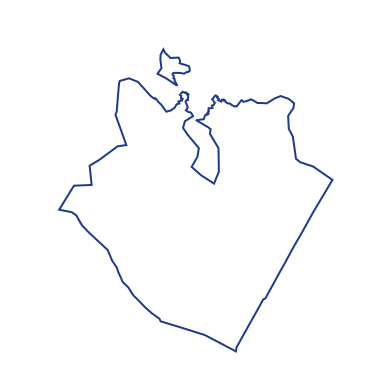 the district of Odogbolu, Ogun, Nigeria, rotated 299°
{"feature_id": "59680162B50359341822283", "entity_name": "Odogbolu", "entity_type": "district", "adm_level": 2, "iso_a3": "NGA", "parent_name": "Nigeria", "parent_adm1": "Ogun", "projection": "robinson", "projection_center": [3.89, 6.792], "detail": "fine", "context": "isolated", "style": "outline", "palette": "blue", "viewbox_px": 384, "rotation_deg": 299, "n_neighbors": 0, "source": "geoboundaries", "source_scale": "gbopen_adm2", "svg_char_len": 4872}
<svg xmlns="http://www.w3.org/2000/svg" viewBox="0 0 384 384"><g transform="rotate(299 192 192)"><path d="M73.9,307.7L77.5,306.3L80.1,306.3L104.1,306.3L118.8,306.4L131.7,306.4L132.6,306.4L134.5,307.8L141.4,307.7L150.7,307.7L167.4,307.6L174.3,307.7L190.5,307.5L199.9,307.6L210.1,307.8L232.7,307.8L237.3,307.9L256.5,308.6L266.2,308.8L270.7,309.0L273.0,285.7L270.5,272.1L271.5,266.8L289.3,253.4L294.2,246.0L305.2,239.2L314.5,240.0L319.1,238.3L320.3,231.3L318.9,223.0L314.0,219.0L305.8,214.4L303.3,209.2L301.6,206.2L301.8,201.4L301.6,198.6L300.1,197.6L298.9,196.5L296.7,194.4L295.8,193.2L296.0,192.3L296.0,192.0L296.3,190.8L295.7,190.7L294.3,190.4L292.8,190.2L290.8,189.9L288.8,189.7L288.8,189.2L288.7,189.0L288.1,188.7L287.7,188.4L287.6,187.7L287.4,186.6L287.3,185.5L287.3,184.7L287.5,183.6L287.7,182.6L287.5,181.5L287.0,180.9L286.9,180.0L286.9,179.1L286.9,178.7L287.0,178.2L287.1,177.9L287.1,177.7L287.5,177.4L287.7,177.1L287.8,176.8L287.8,176.5L287.9,176.2L287.9,175.9L287.9,175.5L288.0,175.5L288.3,175.5L288.3,175.4L288.2,174.9L287.9,174.9L287.6,174.9L287.4,175.0L287.4,174.9L287.4,174.5L287.4,174.0L287.4,173.6L286.6,173.6L285.3,173.8L285.3,173.3L285.2,172.8L285.2,172.4L285.2,171.9L285.1,171.4L285.1,170.8L285.0,170.3L285.3,170.3L285.7,170.4L286.3,170.6L286.4,170.3L286.5,170.0L286.6,169.7L286.7,169.3L286.7,169.0L286.8,168.8L286.8,168.5L286.8,168.3L286.8,168.0L286.8,167.9L287.1,167.9L287.8,168.1L287.9,167.7L287.9,167.4L287.9,167.0L287.9,166.7L287.9,166.3L287.9,166.2L287.9,165.9L287.8,165.6L287.7,165.5L287.4,165.5L286.9,165.4L286.3,165.3L285.8,165.2L285.2,165.1L284.6,165.0L284.2,164.9L283.6,164.8L282.9,164.7L282.7,165.5L282.5,166.1L282.2,166.5L281.7,167.1L281.5,167.5L281.3,168.0L281.1,168.8L280.9,168.7L280.6,168.7L280.4,168.7L280.2,168.7L279.9,168.8L279.7,168.8L279.4,168.8L279.1,168.7L278.6,168.8L278.4,168.8L278.1,168.5L277.9,168.2L277.6,167.9L277.4,167.6L277.2,167.5L276.6,168.1L276.2,168.5L275.4,169.2L275.0,168.6L274.7,168.3L274.3,167.7L273.7,166.7L273.5,166.3L273.4,165.9L272.9,166.0L272.5,166.2L271.1,167.3L270.9,167.5L270.8,167.4L270.6,167.1L270.2,167.4L269.9,167.3L269.6,167.3L269.3,167.2L269.2,167.6L269.2,167.8L268.8,167.9L268.6,168.2L268.6,168.3L268.3,168.2L268.1,168.2L267.9,168.2L267.6,168.2L267.7,167.8L267.7,167.7L267.2,167.6L266.9,167.5L266.6,167.4L266.4,167.2L266.5,167.1L266.7,166.8L266.1,166.6L265.4,166.4L265.1,166.3L264.9,166.3L264.3,166.5L263.7,166.6L263.0,166.7L262.2,166.8L261.3,167.0L260.6,165.9L259.2,164.1L258.9,163.6L258.2,163.3L256.8,160.5L256.5,174.3L256.0,177.7L251.5,179.6L243.2,193.9L222.9,205.6L210.0,207.2L211.1,191.4L213.8,179.5L225.5,179.7L233.7,176.7L237.2,167.7L240.0,160.4L243.7,153.1L250.5,151.5L258.9,156.2L260.9,152.7L260.8,152.1L260.7,151.0L260.2,150.1L260.3,149.1L260.4,147.1L260.5,147.1L261.6,147.1L262.0,147.2L262.9,147.3L264.1,147.2L264.5,146.6L265.4,145.6L266.5,144.3L267.2,143.3L268.0,142.5L268.3,142.6L268.6,142.6L268.9,142.6L269.2,142.7L269.4,142.7L269.8,142.8L270.1,142.8L270.2,143.2L270.4,143.7L270.5,143.9L270.9,143.7L271.1,143.6L271.5,143.4L272.1,143.1L272.3,142.9L272.7,142.7L273.0,142.5L273.4,142.4L273.6,142.3L274.1,142.1L274.6,141.9L275.0,141.7L275.4,141.6L275.1,140.8L275.8,141.0L275.7,139.5L275.8,139.5L275.7,138.8L276.1,138.7L275.9,137.8L275.3,137.8L275.2,137.2L275.2,136.5L275.1,135.6L275.0,135.1L274.3,135.0L272.8,134.7L271.0,134.4L270.8,136.0L270.0,136.4L269.4,136.6L268.3,137.1L268.9,138.5L268.7,138.5L268.4,138.6L268.2,138.8L267.7,138.9L267.3,138.7L267.1,138.7L266.7,138.5L265.9,137.7L265.4,137.2L264.6,136.3L263.8,137.4L263.3,138.0L263.2,137.9L262.5,137.2L262.0,136.7L261.6,136.4L261.3,136.1L260.9,136.0L260.5,136.0L260.0,136.0L259.5,136.0L259.2,136.0L258.5,136.1L258.0,136.1L256.0,135.3L254.3,134.4L253.3,134.2L249.8,130.6L253.4,123.0L254.6,118.4L255.2,117.5L255.8,115.8L256.2,114.2L255.3,114.0L255.9,109.4L262.1,91.4L260.9,81.8L254.1,75.0L251.5,75.6L241.4,80.1L237.9,81.7L225.8,87.2L222.5,87.6L201.2,111.8L195.9,104.8L174.7,95.1L165.4,89.7L149.5,100.8L140.3,85.7L112.1,84.4L116.0,96.5L115.5,102.1L111.1,109.1L111.3,109.1L109.3,112.5L106.3,122.4L103.1,135.6L100.4,146.3L93.1,155.7L89.4,162.9L86.9,165.6L85.7,167.0L82.4,171.6L79.7,174.9L77.7,182.5L73.2,190.7L73.0,191.5L70.8,199.2L68.5,206.5L66.4,216.0L65.4,224.8L63.7,227.4L67.5,245.1L73.1,272.6L73.9,307.7ZM278.7,104.5L278.9,114.0L277.8,126.7L278.0,126.8L278.4,127.0L279.6,125.2L280.8,122.8L281.4,122.7L282.3,122.1L282.4,120.6L283.0,120.5L283.8,120.3L284.7,119.9L284.8,119.1L285.2,118.3L285.7,117.9L286.0,117.7L286.3,117.7L286.7,117.9L287.0,118.2L287.8,119.0L288.3,120.0L289.5,122.3L290.6,124.4L290.9,125.2L291.3,126.9L291.8,127.7L293.0,128.4L295.0,129.8L295.0,130.4L296.9,131.3L297.2,131.2L298.8,130.0L300.0,129.0L300.6,128.3L299.8,124.3L298.6,118.9L299.9,118.4L301.3,117.7L302.4,116.0L303.1,115.2L298.8,108.2L300.7,101.0L302.9,97.8L296.8,98.0L292.2,100.3L285.6,105.2L278.7,104.5Z" fill="none" stroke="#1e3a8a" stroke-width="2"/></g></svg>